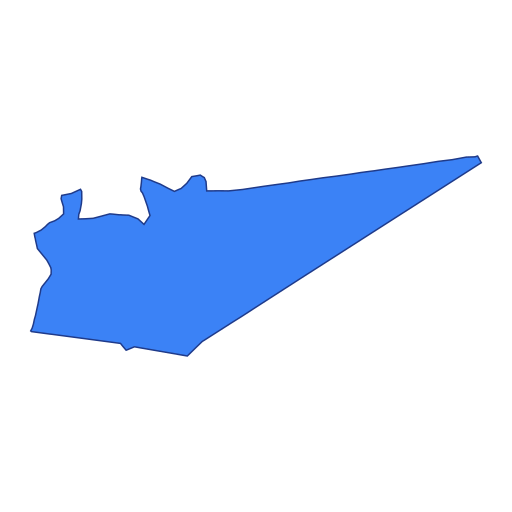 Salkhad, As Suwayda', Syria
{"feature_id": "27442178B39967895671995", "entity_name": "Salkhad", "entity_type": "district", "adm_level": 2, "iso_a3": "SYR", "parent_name": "Syria", "parent_adm1": "As Suwayda'", "projection": "robinson", "projection_center": [36.79, 32.496], "detail": "fine", "context": "isolated", "style": "filled", "palette": "blue", "viewbox_px": 512, "rotation_deg": 0, "n_neighbors": 0, "source": "geoboundaries", "source_scale": "gbopen_adm2", "svg_char_len": 2031}
<svg xmlns="http://www.w3.org/2000/svg" viewBox="0 0 512 512"><path d="M477.6,156.0L477.4,156.0L475.1,156.8L473.1,156.9L466.3,157.1L452.1,159.7L438.0,161.4L423.8,163.7L412.6,165.3L410.5,165.6L408.3,165.9L398.8,167.3L385.6,169.1L373.5,170.9L371.6,171.1L361.0,172.5L352.2,173.9L348.8,174.4L335.8,176.2L322.9,177.8L316.0,178.8L312.1,179.4L307.7,180.0L299.6,181.1L288.9,182.9L276.8,184.5L263.8,186.3L253.8,187.8L242.5,189.5L228.6,190.9L219.0,190.8L217.2,190.8L211.6,190.9L206.7,190.9L206.0,181.4L205.8,181.1L204.3,177.6L202.1,176.3L200.3,175.1L197.2,175.7L191.8,176.6L186.8,183.3L181.1,188.5L179.3,189.2L174.4,191.4L167.9,188.2L160.2,184.1L154.1,181.7L150.4,180.1L147.8,179.3L141.9,177.3L141.7,178.5L141.4,182.3L140.9,186.7L140.5,188.8L140.5,189.1L141.1,191.3L142.4,192.8L144.1,196.7L147.4,206.2L148.6,210.7L150.0,215.5L149.9,215.7L148.9,217.2L148.5,217.7L148.4,217.9L144.0,224.4L138.0,218.9L128.8,215.2L125.6,215.1L121.6,214.9L120.8,214.8L119.1,214.8L117.3,214.6L112.7,214.1L109.8,213.9L106.7,214.7L105.7,215.0L103.7,215.5L101.6,216.1L101.2,216.2L93.2,218.3L85.0,218.8L78.4,219.0L78.8,214.3L80.1,210.7L81.4,203.6L81.8,199.2L81.7,191.5L80.5,189.3L71.3,193.5L61.7,195.4L61.1,198.7L62.0,201.9L63.5,206.8L63.6,213.9L62.0,215.4L58.7,218.4L54.7,220.8L49.6,222.7L47.5,224.4L45.4,226.6L41.1,230.1L36.0,232.7L34.2,233.3L34.5,235.0L34.9,237.2L35.1,237.8L35.4,239.3L35.5,239.9L35.6,240.5L36.7,245.3L37.4,248.6L46.8,260.1L48.9,263.9L50.8,267.7L50.9,268.3L51.2,269.9L51.1,274.2L48.3,278.8L42.2,286.4L40.9,288.8L40.2,292.8L39.4,296.4L38.0,304.0L37.4,306.6L35.5,315.5L34.4,319.3L33.4,324.1L32.1,328.3L30.7,330.9L31.5,331.6L50.1,334.1L50.3,334.1L50.5,334.1L54.3,334.6L76.9,337.6L97.2,340.3L120.5,343.4L122.9,346.4L126.1,350.2L126.7,350.0L128.2,349.4L134.4,346.8L135.7,347.0L140.6,347.9L150.5,349.6L187.3,356.0L196.1,347.4L202.2,341.5L203.6,340.6L204.0,340.4L204.3,340.2L211.8,335.4L230.9,323.2L234.4,321.0L242.5,315.9L253.9,308.5L268.3,299.2L307.6,273.9L307.8,273.8L481.3,162.7L477.6,156.0Z" fill="#3b82f6" stroke="#1e3a8a" stroke-width="1.5"/></svg>